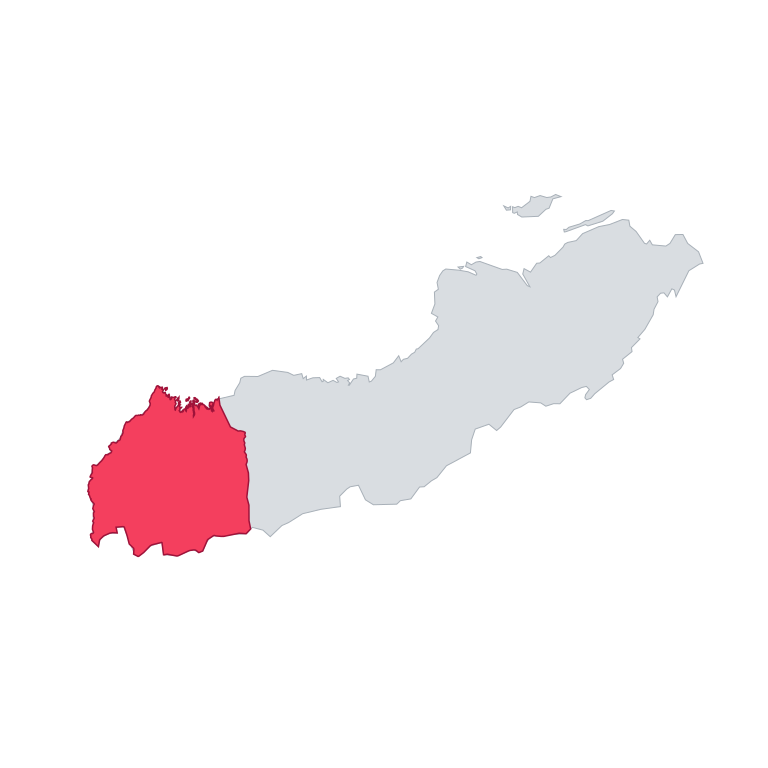 Sweden, with Norrbotten highlighted, rotated 226°
{"feature_id": "SWE-190", "entity_name": "Norrbotten", "entity_type": "County", "adm_level": 1, "iso_a3": "SWE", "parent_name": "Sweden", "parent_adm1": "", "projection": "orthographic", "projection_center": [22.14, 67.052], "detail": "fine", "context": "in_parent", "style": "filled", "palette": "rose", "viewbox_px": 768, "rotation_deg": 226, "n_neighbors": 0, "source": "natural_earth", "source_scale": "10m", "svg_char_len": 9741}
<svg xmlns="http://www.w3.org/2000/svg" viewBox="0 0 768 768"><g transform="rotate(226 384 384)"><path d="M236.3,521.6L237.4,527.9L241.7,527.9L244.1,523.8L248.2,511.4L247.6,496.8L252.0,492.4L255.6,485.0L261.6,483.6L270.5,475.7L272.5,466.4L275.3,459.8L272.0,438.0L272.3,432.7L282.2,431.5L288.2,418.3L283.0,408.3L274.4,398.3L281.8,372.1L279.9,357.0L281.4,350.9L282.2,341.5L285.2,338.0L282.7,323.5L288.7,314.7L288.7,309.7L304.5,292.5L313.6,290.2L328.9,295.3L333.6,288.2L334.3,284.1L334.1,274.2L326.1,267.5L337.8,251.4L347.2,235.4L350.6,219.1L353.1,212.3L353.2,196.1L363.0,195.4L372.3,189.7L372.1,180.8L393.2,155.7L394.2,150.9L393.3,146.2L389.8,137.5L391.4,133.8L396.4,132.0L399.1,128.6L403.8,116.1L414.3,106.9L424.4,114.3L429.8,103.3L430.6,87.6L434.5,86.2L462.0,97.5L467.0,91.8L462.3,88.5L467.3,82.4L468.8,78.6L469.4,74.0L469.3,71.6L465.7,65.7L474.4,65.1L479.0,68.0L479.4,71.5L498.0,90.2L513.1,97.5L517.5,102.7L519.1,108.5L521.6,108.8L524.5,114.1L527.5,117.1L525.1,121.0L525.3,129.6L526.1,133.5L524.7,140.9L529.9,142.6L530.7,147.1L528.1,151.7L528.5,156.7L535.4,171.8L533.8,176.9L533.4,183.1L530.4,187.8L530.0,192.6L530.6,198.8L531.7,201.7L534.8,203.7L540.1,220.0L535.0,221.3L531.0,219.2L521.8,221.4L519.5,223.9L512.4,217.4L508.3,221.1L505.6,217.9L503.4,223.3L502.7,230.6L499.4,230.0L500.6,232.8L496.1,233.7L495.7,234.9L496.7,236.7L495.3,238.9L489.0,239.7L488.1,242.0L489.9,244.9L489.8,246.7L485.8,244.0L488.5,249.3L489.0,253.2L480.0,268.3L482.8,272.4L485.1,281.1L487.6,285.0L486.4,289.0L477.0,298.5L471.3,313.3L459.2,322.8L452.9,325.1L448.6,332.0L444.0,329.6L443.6,333.7L440.7,331.0L437.9,337.1L433.3,342.2L428.7,341.0L428.1,341.9L429.5,343.5L423.9,344.5L422.0,349.9L417.8,351.2L417.1,352.8L421.2,353.5L420.1,357.8L415.2,359.8L413.3,362.5L411.2,362.3L411.8,360.2L408.7,360.1L407.9,357.5L407.2,358.1L408.8,365.5L407.1,368.4L409.9,371.4L400.7,377.9L395.7,374.8L394.8,376.9L395.5,383.1L399.7,388.3L396.7,391.3L392.7,405.4L394.1,414.2L388.1,411.8L388.3,415.1L386.1,418.8L386.4,424.5L385.5,428.1L386.7,431.5L385.7,433.0L385.5,448.7L386.7,455.4L385.7,460.7L388.0,463.8L393.5,464.8L394.8,469.3L401.9,467.2L406.2,476.2L415.1,484.1L414.4,488.9L420.2,492.7L423.4,499.4L424.5,504.9L423.8,508.3L413.9,516.9L406.2,522.5L398.3,525.7L398.6,527.2L402.3,528.1L411.8,524.3L414.2,528.3L409.1,529.7L407.8,534.9L405.5,538.1L384.3,548.6L381.3,552.1L371.7,557.4L355.2,555.4L352.6,556.5L366.7,560.2L369.7,564.9L362.7,567.1L364.8,577.7L362.8,580.1L361.8,591.6L359.3,591.6L357.8,596.3L358.1,607.9L359.1,611.2L358.2,614.5L353.6,621.9L354.2,631.3L348.0,647.8L342.0,657.1L336.7,669.8L331.8,673.9L326.7,670.5L318.6,671.3L304.2,669.1L302.3,670.2L302.8,675.0L297.7,673.7L287.4,682.6L286.5,687.4L289.1,697.3L283.9,702.9L274.1,700.1L260.6,702.1L249.2,697.3L251.1,694.3L253.7,682.0L243.9,654.7L249.8,658.2L252.5,657.2L249.8,648.4L255.1,648.7L257.2,646.0L256.9,641.0L252.9,638.3L250.2,630.2L246.8,625.7L242.1,609.6L241.1,598.9L238.6,599.5L238.3,587.3L235.0,584.9L236.1,572.8L232.4,570.8L230.8,564.9L232.1,554.5L227.7,552.3L229.1,547.4L230.6,528.8L230.1,522.8L232.0,518.8L234.5,518.9L236.3,521.6ZM422.2,599.6L420.0,600.6L418.6,603.9L415.2,605.4L414.0,615.9L416.9,620.1L413.6,621.7L411.1,627.2L405.1,630.6L402.6,634.0L401.1,639.1L395.8,641.5L399.9,634.1L395.8,624.9L397.2,621.8L397.4,611.5L408.4,599.1L413.2,597.8L415.2,599.4L416.3,596.3L417.9,595.6L422.2,599.6ZM351.1,667.9L348.4,669.9L347.8,666.6L349.1,654.5L356.1,640.5L358.7,639.6L367.2,620.6L368.1,619.3L370.4,620.7L368.5,622.5L368.3,625.9L363.1,636.0L361.4,642.7L359.7,644.3L351.1,667.9ZM424.4,595.6L423.8,598.5L421.4,596.0L424.0,592.8L428.9,593.9L424.4,595.6ZM416.7,518.5L413.3,523.0L412.8,521.0L413.6,518.7L416.7,518.5ZM408.5,542.1L406.8,542.3L408.2,539.2L410.4,538.6L408.5,542.1Z" fill="#d9dde1" stroke="#a8b0b8" stroke-width="1"/><path d="M461.3,97.7L462.0,97.7L462.8,97.1L467.1,91.8L462.2,88.6L465.6,85.5L467.2,83.1L469.4,77.1L469.5,76.2L469.5,71.9L469.4,71.1L465.4,65.6L474.4,65.2L475.3,66.1L477.3,66.4L478.5,67.7L479.3,67.9L479.7,68.6L479.7,69.5L479.4,70.2L478.8,70.5L478.8,71.5L479.1,72.1L482.0,73.3L484.4,75.9L485.9,78.8L487.7,79.2L488.7,82.2L489.2,82.7L490.5,83.1L493.1,85.5L493.4,87.0L496.6,87.9L498.6,90.9L498.7,91.8L499.3,92.3L503.3,92.4L504.5,92.7L504.7,93.4L506.1,93.5L508.7,94.8L509.7,94.7L511.2,96.7L512.3,96.2L512.7,96.7L514.0,99.0L516.9,101.2L517.2,102.4L518.3,103.8L518.6,104.6L518.5,105.8L518.7,106.5L518.5,108.4L518.6,108.8L518.8,109.2L519.2,109.2L520.7,108.1L521.3,108.0L521.8,108.9L522.8,112.6L524.6,114.2L526.3,116.2L527.6,116.7L527.9,117.3L527.9,118.1L527.5,119.1L525.6,120.1L525.0,120.6L524.7,121.5L524.7,122.6L524.9,124.8L524.9,127.6L525.6,131.6L526.3,133.6L526.4,134.8L524.9,136.3L525.1,136.9L524.2,139.7L524.5,140.9L525.1,141.7L527.3,141.2L528.5,142.0L530.2,142.4L530.4,142.7L530.2,145.1L530.3,146.3L530.9,146.7L530.5,148.2L530.0,149.0L528.0,150.0L527.6,150.4L527.5,152.1L527.9,152.7L527.6,153.8L527.2,154.6L527.3,155.6L529.0,158.2L529.2,160.1L530.1,162.1L530.6,162.8L531.5,163.4L532.0,164.0L533.1,166.4L534.3,168.1L535.7,172.1L535.6,172.5L535.4,172.7L534.5,172.8L534.3,173.7L533.7,174.8L534.0,177.9L533.6,180.5L533.9,182.2L533.7,183.8L532.4,185.0L532.3,185.5L532.0,186.0L530.9,186.7L531.0,187.5L529.9,188.2L529.5,188.9L529.3,190.0L529.8,191.5L530.1,193.5L529.8,195.7L530.4,198.6L531.2,201.0L532.4,202.4L534.4,203.1L534.9,203.7L536.2,207.3L537.1,208.4L537.9,211.4L537.9,213.2L538.9,215.1L539.4,217.0L540.2,218.3L540.3,219.2L539.8,220.1L539.1,220.2L537.7,219.9L538.1,220.5L536.3,220.9L536.0,222.0L535.7,222.3L534.9,221.7L534.6,220.7L534.2,221.0L532.8,220.8L532.4,219.4L531.9,219.1L530.9,219.1L529.9,220.7L529.7,220.7L529.3,220.1L526.9,219.9L527.0,219.2L526.6,219.0L525.7,220.5L526.0,221.0L526.0,222.2L525.9,222.3L525.0,221.8L524.8,221.1L524.7,219.6L524.3,219.6L523.5,220.9L523.1,220.9L521.9,219.6L521.2,219.4L521.0,219.8L521.0,220.6L521.2,221.2L522.1,222.2L520.4,223.4L520.0,223.9L520.0,224.8L519.5,225.3L519.0,225.2L519.2,224.2L518.3,222.6L517.2,222.5L516.3,222.0L515.7,221.0L515.5,220.9L514.6,221.0L514.2,220.5L513.6,218.5L513.1,217.7L510.5,215.7L510.2,215.8L511.1,217.4L511.5,220.7L511.3,222.0L510.8,222.9L510.5,223.0L510.6,221.9L510.1,221.3L508.9,221.1L507.8,222.1L507.7,221.7L507.8,221.1L508.2,220.4L507.9,219.8L507.0,218.8L507.1,218.2L505.7,217.8L505.0,217.9L504.9,218.8L504.1,219.1L504.9,220.4L504.9,221.0L504.0,220.8L504.8,222.8L504.1,224.0L502.5,222.8L501.8,222.8L502.6,224.0L504.8,224.9L505.1,225.7L505.4,227.0L504.9,227.0L504.4,227.4L504.2,226.2L503.8,225.7L503.3,225.6L502.8,226.0L503.0,226.6L502.8,227.4L503.3,229.0L501.4,229.3L503.7,229.9L504.0,229.0L503.3,227.4L503.5,227.0L503.8,227.2L504.3,228.0L504.1,228.3L505.2,228.9L505.3,229.2L504.4,229.9L504.3,230.3L504.5,230.7L505.9,231.5L506.2,232.9L505.7,233.3L505.0,232.3L503.6,231.6L503.1,231.1L502.7,231.3L502.8,232.0L502.2,231.8L500.2,230.3L498.7,229.7L497.8,228.5L497.0,228.3L496.3,227.5L494.8,226.7L493.9,225.2L493.0,224.4L493.5,226.3L494.7,227.6L497.1,229.0L498.7,230.6L500.3,231.6L501.1,232.8L501.7,233.0L501.2,233.4L499.5,233.6L499.0,234.6L498.6,234.1L497.9,234.5L494.8,233.6L495.7,235.2L496.2,235.8L496.7,235.5L496.1,234.9L496.6,234.8L498.3,236.9L497.9,238.6L497.6,238.9L497.0,238.5L496.5,237.5L496.3,238.1L496.5,239.5L496.2,239.9L495.4,239.7L495.3,239.2L494.1,240.0L493.5,240.1L491.8,239.4L491.4,239.5L491.7,240.2L490.8,240.2L490.3,240.1L489.9,239.2L489.4,239.2L488.6,239.5L488.6,239.8L489.7,240.2L489.7,240.5L487.4,240.4L487.1,241.1L487.4,241.4L486.6,242.1L487.5,242.5L488.5,244.0L488.9,244.1L489.3,243.9L489.4,243.1L489.7,243.2L491.7,245.6L491.6,246.2L491.0,247.1L490.1,247.7L489.1,247.8L488.5,247.4L487.4,244.6L485.8,243.2L484.6,241.3L483.9,241.4L484.3,241.7L484.0,242.3L483.2,242.4L482.9,243.0L485.5,243.8L486.1,244.4L487.2,246.7L488.3,248.2L489.8,251.2L489.9,252.2L489.6,252.6L488.4,252.7L488.8,253.4L488.4,255.3L489.2,255.9L489.2,256.0L482.8,251.3L459.8,243.7L451.5,246.4L449.9,248.3L447.4,249.9L445.7,250.5L445.0,250.0L444.9,249.4L443.9,248.4L442.7,248.1L442.3,247.7L442.2,246.2L442.0,245.4L441.5,244.6L440.4,243.7L438.3,242.9L437.3,241.3L434.1,239.6L433.0,238.2L432.2,236.4L429.1,235.9L428.4,235.5L427.2,234.0L425.2,233.3L424.1,232.5L423.1,231.4L421.9,228.9L414.2,224.7L408.5,219.6L397.9,206.7L390.7,202.7L379.4,191.9L372.4,187.4L372.1,182.1L372.1,180.8L377.3,176.1L385.6,163.0L387.5,161.0L391.3,157.7L393.1,156.6L393.4,155.8L394.5,149.6L394.5,148.8L389.8,137.6L391.1,134.2L391.5,133.6L394.6,133.3L395.8,132.8L396.9,131.8L399.1,128.7L399.6,127.7L403.3,116.9L403.8,116.0L404.3,115.4L412.2,109.8L413.8,107.2L414.3,106.8L424.1,114.1L424.5,114.0L429.5,105.4L430.0,103.5L429.7,94.0L430.4,88.1L430.8,87.3L435.5,85.7L439.0,89.4L439.9,89.8L445.9,89.6L453.5,93.9L461.3,97.7ZM502.0,235.0L501.4,233.5L502.2,233.2L504.0,234.2L504.8,235.1L504.8,235.5L504.3,235.7L503.8,235.0L503.2,234.7L503.1,234.8L503.1,235.5L503.4,236.3L502.0,235.0ZM533.1,222.7L533.3,223.2L532.9,224.4L532.1,225.5L531.3,225.0L530.9,224.3L530.9,223.3L531.0,223.0L531.3,223.6L531.5,222.8L532.3,223.3L532.7,222.9L533.0,223.2L533.1,222.7ZM516.4,224.4L517.2,225.6L517.1,225.9L516.8,225.8L516.7,226.1L516.9,227.2L516.0,226.3L515.5,225.5L515.1,224.6L515.2,223.8L516.1,223.6L516.6,224.0L516.7,224.4L516.4,224.4ZM512.3,225.0L512.0,224.5L512.0,224.2L512.2,222.5L512.4,222.3L513.3,223.2L513.7,225.0L513.6,225.4L512.3,225.0ZM500.7,238.7L500.5,237.9L500.6,236.8L501.1,236.5L501.9,236.9L502.0,237.2L501.8,237.7L502.2,238.3L502.3,239.0L500.7,238.7ZM505.1,237.2L506.0,237.7L505.9,238.1L505.2,238.6L503.4,238.6L503.6,237.6L503.8,237.4L504.3,238.0L505.1,237.2ZM508.2,231.6L510.1,230.8L510.4,231.0L510.3,231.4L509.9,231.8L509.6,232.7L508.4,232.2L508.2,231.6ZM508.8,233.4L509.8,234.1L510.0,234.4L509.9,234.7L509.0,234.5L508.7,233.8L508.8,233.4ZM509.0,230.7L508.7,230.2L509.0,229.9L509.5,229.8L509.7,230.5L509.0,230.7Z" fill="#f43f5e" stroke="#9f1239" stroke-width="1.5"/></g></svg>